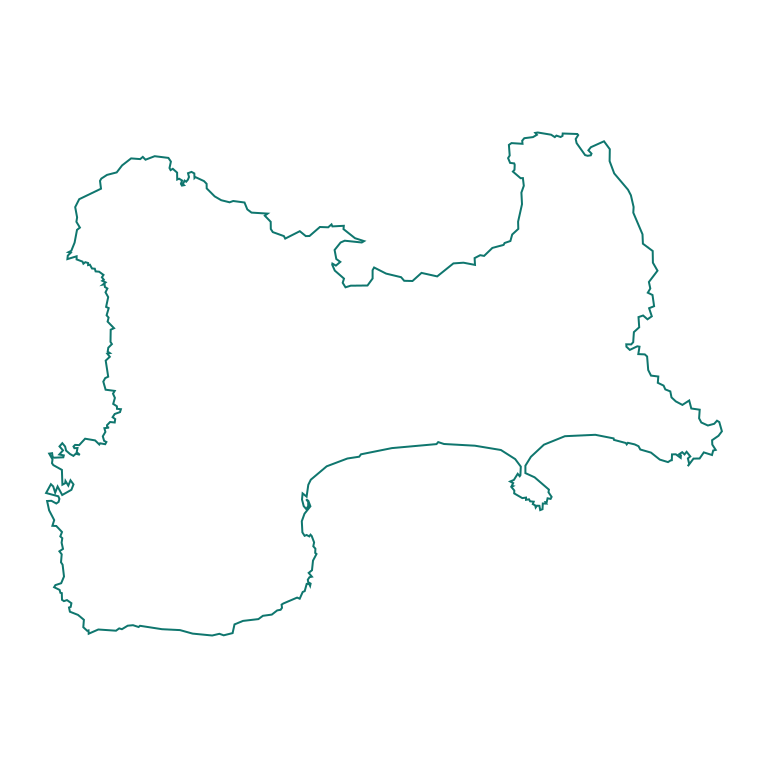 the district of Pangandaran, Jawa Barat, Indonesia
{"feature_id": "22746128B59857718615465", "entity_name": "Pangandaran", "entity_type": "district", "adm_level": 2, "iso_a3": "IDN", "parent_name": "Indonesia", "parent_adm1": "Jawa Barat", "projection": "mercator", "projection_center": [108.519, -7.64], "detail": "fine", "context": "isolated", "style": "outline", "palette": "teal", "viewbox_px": 768, "rotation_deg": 0, "n_neighbors": 0, "source": "geoboundaries", "source_scale": "gbopen_adm2", "svg_char_len": 6021}
<svg xmlns="http://www.w3.org/2000/svg" viewBox="0 0 768 768"><path d="M214.7,196.4L206.7,188.4L206.6,183.8L204.0,181.1L195.4,177.1L194.5,178.0L194.3,173.4L191.5,171.9L188.0,173.2L189.0,177.0L187.9,179.7L186.2,181.7L184.6,180.6L182.9,184.1L184.0,185.2L181.9,185.6L180.9,183.8L182.1,180.5L179.1,178.7L177.2,179.5L177.1,172.6L172.8,168.8L170.6,170.1L169.5,168.0L170.9,161.6L168.4,157.9L154.7,156.2L145.5,159.7L142.8,156.9L140.2,159.1L131.1,158.4L122.1,165.4L116.7,172.4L107.0,174.9L101.3,178.6L100.0,180.9L101.0,188.7L79.2,199.2L75.2,207.1L77.1,217.4L76.4,221.8L79.9,227.6L77.0,229.9L74.6,242.6L71.3,250.8L68.5,252.2L70.7,252.8L67.8,255.6L67.4,259.1L76.6,256.3L76.6,259.4L82.5,261.6L83.4,263.7L85.3,262.2L88.1,263.0L88.1,265.1L89.9,264.7L92.0,268.5L94.8,268.7L95.6,271.4L99.1,271.7L103.5,274.9L101.9,277.3L103.8,279.7L102.3,280.8L105.6,282.4L102.9,284.6L104.6,284.3L104.9,287.0L107.4,288.5L105.5,292.3L108.2,297.1L106.1,306.9L108.7,308.1L106.6,315.3L108.6,317.6L107.6,321.6L114.0,328.2L110.7,329.7L110.5,341.9L111.9,344.1L108.3,347.7L107.7,351.6L109.9,353.1L107.3,353.6L109.8,356.8L105.7,360.6L108.2,376.7L105.2,378.1L103.3,381.6L105.6,389.7L114.7,390.9L113.0,393.7L114.9,397.9L113.2,403.9L116.9,406.3L117.0,408.8L120.9,409.2L120.0,412.1L114.7,414.0L112.6,417.2L115.2,419.1L114.7,422.5L110.1,422.0L107.0,425.2L107.1,427.0L109.0,427.6L104.4,428.2L105.4,431.9L102.8,436.3L104.1,440.8L106.4,442.0L105.2,444.2L100.1,443.3L99.3,444.5L95.1,440.4L85.1,438.7L79.2,445.1L75.1,444.9L73.5,446.5L74.4,448.2L77.5,448.0L76.7,452.2L79.8,454.8L75.8,453.7L73.4,455.9L70.0,454.0L66.1,450.6L65.1,446.5L62.3,443.2L59.5,446.4L63.0,450.4L59.3,454.5L63.8,455.4L63.3,457.3L54.0,457.7L52.6,456.9L52.1,453.2L49.2,453.6L52.5,459.4L52.0,463.2L53.3,465.1L61.9,469.9L62.4,484.7L65.2,483.2L65.5,481.0L68.3,485.6L70.5,480.3L73.5,484.4L71.4,489.8L62.2,495.0L57.6,486.5L55.2,492.6L53.2,486.4L50.9,484.2L46.1,493.0L58.3,496.3L59.4,498.9L58.6,501.9L56.3,503.5L51.4,500.8L47.1,501.0L49.1,510.3L54.2,520.1L52.4,525.8L56.3,526.0L62.0,532.0L60.3,536.4L62.3,538.2L61.6,542.7L63.0,548.9L59.4,551.3L61.7,554.3L61.0,562.3L62.6,564.7L64.0,576.5L61.2,583.2L55.4,585.1L54.1,587.2L59.6,589.9L60.4,592.8L61.8,593.1L62.0,599.8L63.9,601.1L67.0,600.1L71.4,603.2L70.7,606.9L69.0,607.5L69.9,611.7L78.0,614.9L83.9,619.8L83.3,627.2L87.2,630.8L88.5,630.4L88.7,633.7L98.3,629.5L116.0,630.7L119.2,628.4L121.9,629.2L127.7,625.7L133.0,625.2L138.6,627.0L140.0,625.8L162.0,629.2L180.0,630.1L192.6,633.6L212.2,635.5L219.4,633.8L223.7,635.3L232.6,633.1L234.5,624.4L243.0,620.9L258.4,619.1L262.9,615.8L271.8,614.6L277.2,610.4L280.6,609.8L282.0,607.8L281.6,604.6L283.3,603.5L297.1,597.6L299.7,598.7L302.7,592.0L304.7,591.1L306.7,583.9L309.2,584.0L310.1,585.9L310.6,583.6L308.2,582.2L307.8,579.7L309.5,577.2L311.9,576.7L308.7,572.9L312.0,570.2L313.0,560.6L316.5,554.0L315.2,552.9L315.4,548.7L313.3,546.3L314.1,542.4L311.7,536.0L310.5,534.7L309.3,536.4L306.6,535.0L304.6,535.8L302.4,532.4L301.8,521.2L304.5,513.7L310.4,506.3L308.3,500.8L306.2,499.3L308.2,501.9L308.2,506.2L306.2,509.0L303.7,506.1L302.0,499.5L302.6,493.4L306.6,496.6L308.3,484.8L310.8,479.7L326.7,466.3L347.4,458.5L359.2,456.7L361.0,454.3L391.9,448.1L436.5,444.1L438.2,442.1L444.0,444.0L474.9,445.7L500.9,450.0L515.2,459.1L520.8,466.6L520.4,475.2L519.7,476.2L517.7,473.8L513.9,479.9L510.2,481.5L513.2,483.1L511.8,485.8L513.0,486.1L511.4,487.0L514.3,490.5L514.2,493.4L522.3,498.1L526.0,497.6L526.0,499.8L529.0,499.3L530.1,501.3L533.7,501.7L532.8,504.1L535.2,505.4L535.7,507.5L537.0,505.7L539.4,505.8L540.2,510.1L542.5,509.2L542.8,503.5L546.4,503.6L545.5,502.1L546.7,502.1L547.6,498.3L550.6,498.9L551.6,496.9L548.5,492.3L548.9,489.6L534.6,477.3L525.4,473.1L525.4,465.7L530.9,456.8L543.9,444.7L564.9,436.2L595.3,434.8L613.6,438.4L614.0,439.9L625.8,443.0L626.7,444.4L627.9,442.8L634.7,444.4L638.5,446.2L640.3,449.5L651.0,452.6L659.8,459.6L668.0,462.1L671.3,460.0L671.8,461.0L672.0,454.4L675.8,454.3L680.7,457.9L680.9,455.4L679.2,454.2L682.2,452.2L684.5,454.4L686.6,451.8L690.3,456.4L687.9,458.4L689.2,464.0L687.8,466.2L693.5,458.6L699.6,458.5L703.8,452.4L712.0,455.0L713.2,450.5L715.7,449.9L712.3,444.6L712.1,440.2L718.5,435.8L721.9,431.3L719.3,422.1L717.0,420.7L714.2,423.8L707.9,425.5L701.3,422.5L699.1,418.3L699.7,409.7L691.3,408.5L689.2,400.5L682.4,404.9L675.8,401.4L671.5,397.4L670.3,391.4L665.3,389.4L663.6,385.6L657.8,382.8L658.3,376.5L651.0,375.6L648.2,370.0L647.1,356.5L644.8,354.4L638.3,354.1L639.5,346.7L637.3,346.3L629.8,349.9L626.4,346.7L626.3,344.3L631.2,344.4L633.2,342.2L633.9,332.1L639.2,327.3L638.5,317.1L643.1,315.5L647.5,319.3L651.8,316.3L649.1,308.2L654.1,306.2L652.5,295.0L647.8,292.7L650.3,288.5L648.9,282.0L657.5,270.7L652.9,262.7L652.7,251.0L642.9,243.7L642.5,234.3L633.3,212.7L633.6,207.0L630.9,195.3L628.0,189.7L614.2,173.4L609.6,161.1L609.8,149.2L604.0,141.3L590.9,147.2L588.4,150.3L591.5,153.6L590.8,155.3L587.7,155.8L585.1,155.1L576.6,143.1L575.7,139.0L578.2,135.1L577.3,134.0L562.7,133.5L562.5,135.9L560.6,137.0L556.4,135.6L554.8,137.1L551.1,134.7L537.8,132.5L535.3,132.9L536.9,134.8L533.0,137.1L524.3,138.2L522.2,140.7L522.5,143.8L511.5,143.1L508.9,144.9L509.7,155.5L508.1,158.1L510.1,162.9L514.2,163.4L514.7,164.8L514.5,169.8L512.9,171.6L520.6,178.2L522.9,178.1L523.8,185.8L521.4,192.6L522.0,204.2L518.1,221.7L518.3,228.9L512.2,234.5L510.4,241.0L504.6,243.0L503.6,244.9L492.4,247.9L484.1,255.9L480.2,255.2L474.6,258.1L475.0,264.9L463.5,262.7L453.4,263.4L437.2,276.4L421.5,272.9L412.5,281.0L404.2,280.8L401.1,277.2L386.1,273.6L374.1,267.5L372.6,270.2L372.6,278.5L367.5,285.5L350.7,285.7L345.5,287.3L342.7,282.8L344.0,278.6L334.8,270.6L332.2,264.7L332.4,263.6L335.9,265.6L340.3,261.9L336.3,259.0L334.6,250.0L340.6,242.5L344.7,240.7L361.8,242.5L364.1,241.1L355.0,238.2L343.5,229.1L343.8,225.8L332.4,226.4L331.5,224.4L328.2,227.3L319.9,227.0L309.5,236.0L305.8,236.1L299.8,231.2L285.2,238.6L283.9,236.1L272.8,232.1L270.8,229.0L270.7,221.8L264.8,215.7L267.6,213.6L251.5,212.6L247.3,209.4L244.5,202.5L233.2,201.0L229.6,202.3L221.2,200.2L214.7,196.4Z" fill="none" stroke="#0f766e" stroke-width="2"/></svg>